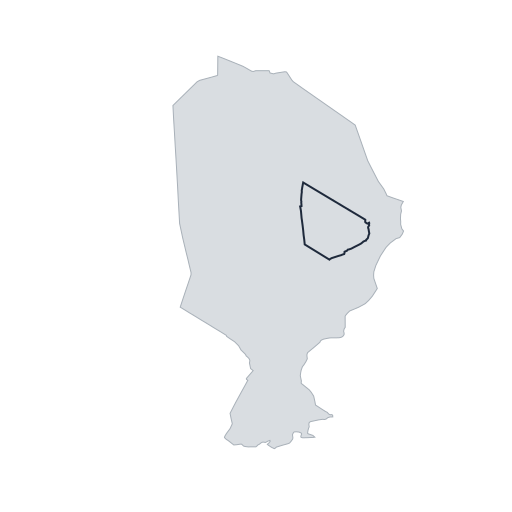 Tesker, Zinder, Niger (highlighted), rotated 301°
{"feature_id": "23599985B16015640173227", "entity_name": "Tesker", "entity_type": "district", "adm_level": 2, "iso_a3": "NER", "parent_name": "Niger", "parent_adm1": "Zinder", "projection": "robinson", "projection_center": [11.083, 15.833], "detail": "fine", "context": "in_parent", "style": "outline", "palette": "slate", "viewbox_px": 512, "rotation_deg": 301, "n_neighbors": 0, "source": "geoboundaries", "source_scale": "gbopen_adm2", "svg_char_len": 4128}
<svg xmlns="http://www.w3.org/2000/svg" viewBox="0 0 512 512"><g transform="rotate(301 256 256)"><path d="M378.6,354.2L374.6,354.3L372.4,355.0L369.5,357.5L366.3,358.5L362.4,360.6L359.9,362.4L357.6,363.7L354.4,367.0L353.4,369.6L350.2,370.1L345.8,369.7L343.0,367.1L336.4,364.4L332.2,363.4L330.2,363.0L320.2,362.6L309.6,363.6L304.2,364.9L303.2,365.1L300.1,366.7L297.5,368.5L290.6,376.7L281.5,376.4L276.1,375.5L271.5,374.2L265.0,370.4L257.1,364.6L254.0,363.8L251.3,363.4L250.3,363.4L240.8,369.2L239.0,369.1L236.7,369.8L235.3,371.2L234.2,371.9L233.0,372.0L231.5,371.7L230.1,370.8L228.6,369.2L224.7,362.8L223.9,361.6L222.3,359.7L219.5,356.7L217.6,355.4L216.4,355.0L215.0,355.2L207.4,352.7L199.8,350.0L198.1,350.3L196.9,350.9L194.3,352.9L191.1,353.2L187.2,353.1L185.0,352.8L181.5,353.5L179.2,354.3L176.2,355.6L172.2,359.3L171.0,359.8L170.1,360.4L168.7,370.5L167.6,373.6L165.6,377.6L161.6,381.4L158.9,383.8L158.8,386.9L158.6,392.0L158.5,395.5L158.7,397.8L158.2,398.9L158.0,399.9L158.1,401.4L158.8,402.1L159.1,403.1L158.9,403.8L157.6,404.7L156.2,402.4L154.4,400.8L152.4,400.1L151.1,398.9L150.4,397.3L147.8,394.1L141.9,387.8L141.3,387.7L140.3,387.4L138.6,388.2L137.5,389.2L136.8,389.6L135.7,389.7L132.9,390.5L130.6,391.5L130.5,392.4L131.5,397.1L131.0,399.7L130.0,398.5L126.8,393.7L124.5,390.1L124.1,389.3L123.8,388.1L124.0,387.6L124.9,387.2L127.0,386.7L127.4,386.3L127.5,385.4L127.2,383.5L126.1,381.1L124.9,379.4L124.2,379.1L123.0,379.1L121.6,379.3L119.1,381.3L117.9,381.7L115.3,381.5L113.0,381.1L111.6,380.1L107.4,376.1L102.7,371.9L100.8,371.3L100.3,370.9L100.0,367.6L100.2,363.8L100.4,362.7L102.4,363.4L104.4,363.6L105.1,362.9L103.5,361.6L101.1,360.2L100.2,358.0L99.6,357.3L98.5,356.6L97.3,356.2L96.0,355.6L95.2,355.0L93.8,354.7L92.4,354.2L90.3,350.8L88.3,347.5L87.1,344.8L86.7,343.3L87.3,340.6L86.7,339.5L84.4,336.8L82.6,334.3L83.1,330.3L83.5,327.1L83.5,325.0L83.8,323.8L84.1,322.5L85.4,322.1L88.6,322.1L94.9,322.7L99.9,322.1L100.2,321.9L103.8,318.4L107.8,314.8L113.7,314.4L120.1,314.0L125.1,313.8L132.4,313.5L138.4,313.3L145.2,313.0L145.4,311.3L145.9,310.9L146.5,310.9L151.6,311.8L156.3,312.6L156.7,309.4L160.9,305.5L163.2,304.6L163.8,303.9L164.6,302.6L165.1,300.5L165.3,299.0L166.2,297.8L166.8,295.5L167.7,291.6L170.1,287.4L171.5,281.8L171.7,276.4L172.0,272.2L172.7,271.4L172.8,264.0L172.8,256.6L172.9,250.4L172.9,242.6L173.0,235.8L173.0,228.4L173.1,221.8L173.1,217.4L177.9,216.3L182.8,215.2L190.0,213.6L197.9,211.9L206.4,210.0L208.3,208.9L214.8,202.5L217.7,199.7L223.5,193.9L228.0,189.5L233.7,183.9L239.7,178.3L244.5,173.8L252.0,168.7L263.3,161.0L274.6,153.4L285.9,145.7L297.2,138.0L308.4,130.3L319.7,122.6L330.9,114.9L342.2,107.3L353.5,110.2L364.2,113.0L375.0,115.8L377.6,117.3L383.3,122.8L390.7,129.8L391.0,129.9L391.4,129.9L398.4,125.8L407.6,120.4L410.0,134.9L411.9,147.4L412.1,155.4L412.2,157.5L413.0,158.9L414.7,160.3L421.6,171.8L420.1,173.8L421.2,177.3L423.0,178.9L428.7,185.7L429.4,187.1L429.1,188.2L425.2,196.2L424.6,198.2L423.8,208.5L423.3,215.7L422.6,225.7L421.8,237.6L421.1,247.7L420.2,261.0L419.3,273.6L413.6,280.5L403.4,292.8L395.2,302.7L391.0,309.4L382.9,322.5L379.3,330.9L376.5,335.3L375.1,337.2L376.3,343.4L378.6,354.2Z" fill="#d9dde1" stroke="#a8b0b8" stroke-width="1"/><path d="M321.2,268.3L320.9,268.6L317.7,271.4L311.9,275.6L310.1,277.1L306.2,280.2L302.2,283.3L298.5,286.0L294.9,288.9L291.0,291.8L290.7,320.8L291.3,320.9L291.8,321.2L293.1,321.9L295.5,324.0L298.5,326.6L300.6,328.6L301.8,329.4L303.1,330.6L304.2,330.3L305.2,329.7L305.9,330.1L307.2,331.2L308.7,331.4L309.5,332.3L311.4,333.9L314.4,335.7L318.5,338.3L320.7,339.6L322.6,340.3L323.7,340.6L325.1,341.6L326.0,342.4L326.7,342.1L328.7,342.7L329.9,342.4L331.5,341.9L333.7,341.5L334.9,340.4L336.7,338.9L336.8,338.8L337.0,338.7L337.6,337.9L338.5,337.2L340.6,337.2L341.2,336.6L342.4,336.2L342.8,335.8L342.4,335.5L341.7,335.3L341.3,335.1L341.1,334.5L341.2,332.4L342.0,331.7L342.7,331.4L343.4,331.0L343.3,258.6L342.4,258.9L340.3,259.7L338.1,260.5L337.0,261.0L336.0,261.3L334.3,262.4L332.6,263.1L330.8,264.0L329.8,264.5L328.6,265.1L327.1,265.9L325.8,267.0L325.2,267.2L323.0,268.8L322.2,269.3L321.2,268.3Z" fill="none" stroke="#1e293b" stroke-width="2"/></g></svg>